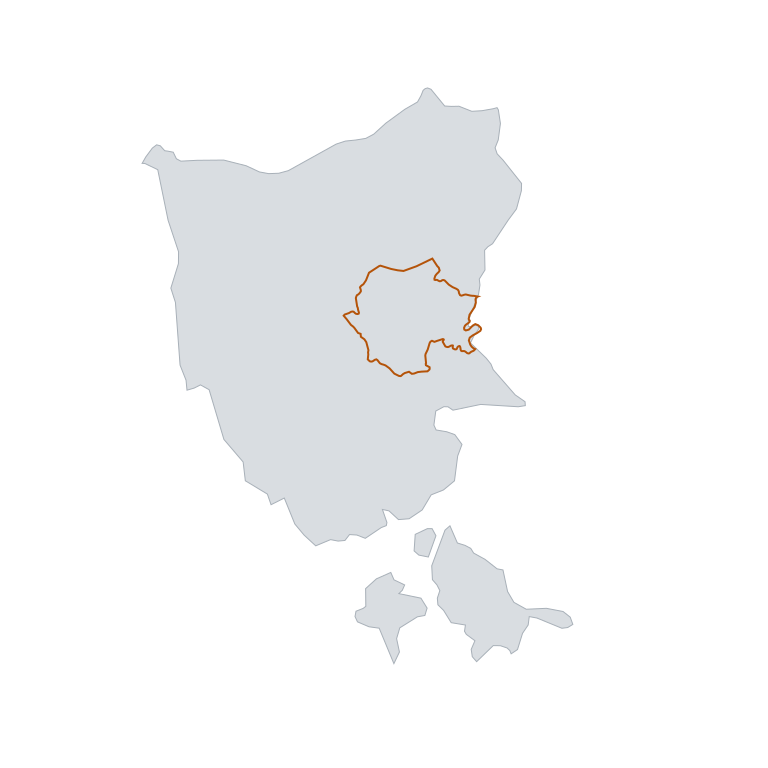 where Viljandi sits in Estonia, rotated 253°
{"feature_id": "EST-2350", "entity_name": "Viljandi", "entity_type": "County", "adm_level": 1, "iso_a3": "EST", "parent_name": "Estonia", "parent_adm1": "", "projection": "albers", "projection_center": [25.42, 58.32], "detail": "fine", "context": "in_parent", "style": "outline", "palette": "amber", "viewbox_px": 768, "rotation_deg": 253, "n_neighbors": 0, "source": "natural_earth", "source_scale": "10m", "svg_char_len": 4889}
<svg xmlns="http://www.w3.org/2000/svg" viewBox="0 0 768 768"><g transform="rotate(253 384 384)"><path d="M615.2,572.9L612.7,573.5L599.1,571.5L584.0,564.6L577.4,559.3L571.0,559.5L563.3,563.3L535.6,574.2L528.7,571.9L512.7,561.9L504.5,550.8L486.4,528.8L484.9,523.5L482.5,519.3L463.5,513.9L456.5,505.8L450.6,504.7L442.1,500.6L419.9,483.1L414.4,481.5L413.1,484.4L413.4,488.6L412.0,490.9L409.2,490.9L404.1,484.4L398.0,478.7L378.8,489.3L371.8,492.1L365.8,492.6L335.2,506.3L325.8,513.7L322.0,512.8L323.0,505.7L336.2,470.5L338.8,442.3L343.5,438.5L344.8,434.6L343.0,425.6L330.1,419.7L324.8,420.4L320.0,430.0L314.9,436.9L303.4,440.9L293.6,433.4L270.8,423.1L265.3,409.9L264.2,396.7L252.4,383.7L247.8,368.6L250.1,358.2L261.2,351.7L264.5,345.8L250.7,346.3L247.9,344.8L247.5,339.4L241.9,321.0L247.5,313.9L250.1,307.0L245.8,300.9L247.2,294.2L250.8,287.4L249.2,271.4L262.9,263.4L276.2,257.8L304.1,255.3L301.6,240.7L312.8,240.3L332.0,223.1L350.6,226.5L377.8,214.7L429.7,215.1L436.8,208.2L435.6,201.2L435.7,193.8L445.5,195.8L461.7,194.5L523.0,208.4L538.0,208.2L559.2,222.6L570.5,226.2L603.7,225.4L655.1,230.3L664.8,219.8L665.7,217.2L670.8,222.6L677.3,231.4L679.2,236.5L677.2,239.7L671.2,242.5L669.9,245.3L667.3,250.2L660.1,251.3L656.5,254.9L652.6,270.5L645.0,296.2L633.0,316.0L623.2,326.9L618.9,335.2L616.3,345.0L616.0,354.9L627.4,408.4L627.6,418.1L625.6,428.2L624.2,438.4L625.9,447.2L632.9,462.0L640.6,484.2L643.9,498.5L648.8,503.6L653.4,507.3L654.4,509.7L654.4,512.2L652.1,515.1L632.1,523.3L629.7,529.8L627.7,536.9L619.1,547.7L616.7,557.6L615.3,568.9L615.2,572.9ZM163.6,372.4L170.1,377.0L176.4,375.9L182.7,373.1L196.2,376.5L226.4,399.6L229.1,405.6L210.5,407.7L206.0,414.3L201.4,418.9L196.1,420.3L186.7,429.4L174.2,438.1L171.4,443.4L149.4,441.5L137.2,444.4L127.0,454.2L122.0,473.7L114.1,488.7L106.6,493.9L98.9,494.3L97.4,488.5L98.4,482.7L115.5,461.8L119.1,454.9L111.4,451.4L105.1,443.6L91.0,434.0L88.8,426.7L92.3,426.4L95.6,424.5L99.7,418.8L101.9,412.0L91.4,391.4L97.4,388.7L104.7,389.8L111.9,395.9L120.5,389.5L124.0,388.7L129.7,391.4L136.1,378.5L150.1,374.8L157.1,371.0L163.6,372.4ZM193.8,336.3L185.8,345.0L181.4,341.2L179.2,336.9L168.4,356.7L157.1,359.7L150.7,355.4L151.6,347.9L146.2,327.8L136.8,321.6L123.2,320.4L113.7,311.7L151.9,308.0L156.2,298.7L164.3,289.1L170.1,288.3L174.9,290.8L175.5,298.5L176.7,301.6L193.7,306.6L199.9,319.8L201.8,335.4L193.8,336.3ZM231.6,387.7L223.7,389.3L205.6,375.8L210.2,367.3L215.6,364.0L231.1,369.9L233.0,383.2L231.6,387.7Z" fill="#d9dde1" stroke="#a8b0b8" stroke-width="1"/><path d="M419.3,484.5L418.4,484.0L417.8,482.9L416.7,479.6L416.0,478.4L414.3,477.0L412.6,476.7L411.3,477.9L411.2,481.0L413.9,485.9L414.6,488.8L412.6,491.3L409.6,492.9L408.1,492.9L406.7,491.7L405.5,487.8L404.6,483.3L403.3,479.6L400.9,477.9L396.4,478.0L394.1,478.7L392.0,480.0L390.7,481.4L389.9,480.1L389.6,479.3L389.5,478.4L389.4,477.4L389.2,476.4L388.9,475.6L388.4,474.7L388.5,473.7L389.2,472.6L390.9,471.5L391.9,470.6L392.4,469.2L392.6,468.2L393.2,467.5L394.5,467.3L395.9,467.6L397.3,467.7L398.2,467.4L398.3,466.2L397.9,465.3L397.5,464.8L396.6,464.1L396.1,463.5L396.1,462.7L396.6,461.6L397.9,460.3L399.0,460.4L399.9,460.8L400.6,461.1L401.0,460.5L401.1,459.0L400.7,457.5L400.6,456.0L401.2,454.7L402.0,453.7L407.2,452.5L408.3,453.3L408.8,454.1L409.4,454.0L409.8,453.2L409.7,446.9L409.6,445.5L409.6,444.5L411.3,442.5L410.9,440.8L409.8,439.6L404.2,435.9L400.5,432.5L399.1,431.8L391.6,430.3L391.1,429.8L389.7,429.6L386.7,432.5L385.1,432.1L384.5,431.6L383.4,429.3L384.8,423.7L385.5,419.8L385.2,415.8L385.6,413.6L388.4,411.5L388.4,407.1L387.9,405.1L386.8,402.8L386.7,402.2L387.3,400.7L390.9,396.9L397.3,393.9L401.3,390.9L402.5,389.4L403.8,387.4L405.1,386.1L408.8,384.7L409.8,383.9L409.8,382.1L409.3,380.8L409.0,379.5L409.2,378.2L409.9,377.0L412.3,375.7L416.8,377.6L418.9,378.0L420.9,379.0L429.2,379.3L432.5,378.3L435.9,375.7L438.8,376.3L440.4,374.1L446.5,372.0L448.2,371.1L450.1,369.7L457.0,367.2L461.1,365.4L461.9,366.7L462.1,371.3L462.7,373.7L462.5,375.2L462.0,376.1L460.3,377.0L459.3,377.8L458.6,379.3L458.7,380.4L459.6,380.9L462.5,380.9L464.5,381.2L466.0,381.0L474.4,382.2L475.5,382.9L476.8,384.0L477.1,385.3L477.6,386.5L478.3,387.6L479.3,388.9L480.5,389.3L483.5,389.3L484.3,390.4L485.0,392.0L485.4,393.4L488.4,397.1L494.8,402.2L498.2,413.9L498.2,415.2L491.9,424.5L488.7,430.4L486.4,435.7L487.1,449.5L489.8,466.9L481.2,469.4L479.3,470.4L476.3,470.4L475.1,469.1L473.9,466.7L472.6,464.8L470.1,463.0L468.9,462.8L468.4,463.6L468.3,464.4L468.0,465.2L466.7,466.4L466.0,467.2L465.8,468.3L465.9,469.2L466.3,470.1L466.0,471.4L465.3,472.3L460.1,475.0L456.6,477.9L453.8,481.1L452.3,482.3L450.7,482.6L449.2,482.3L446.8,482.7L445.9,483.7L445.8,485.1L445.9,486.8L445.7,488.4L443.3,492.5L442.6,494.1L442.0,495.8L440.2,499.3L440.1,498.3L439.2,497.0L438.3,496.3L434.9,495.6L431.1,493.2L427.5,488.8L425.3,486.1L421.5,484.0L420.5,484.0L419.9,484.4L419.3,484.5Z" fill="none" stroke="#b45309" stroke-width="2"/></g></svg>